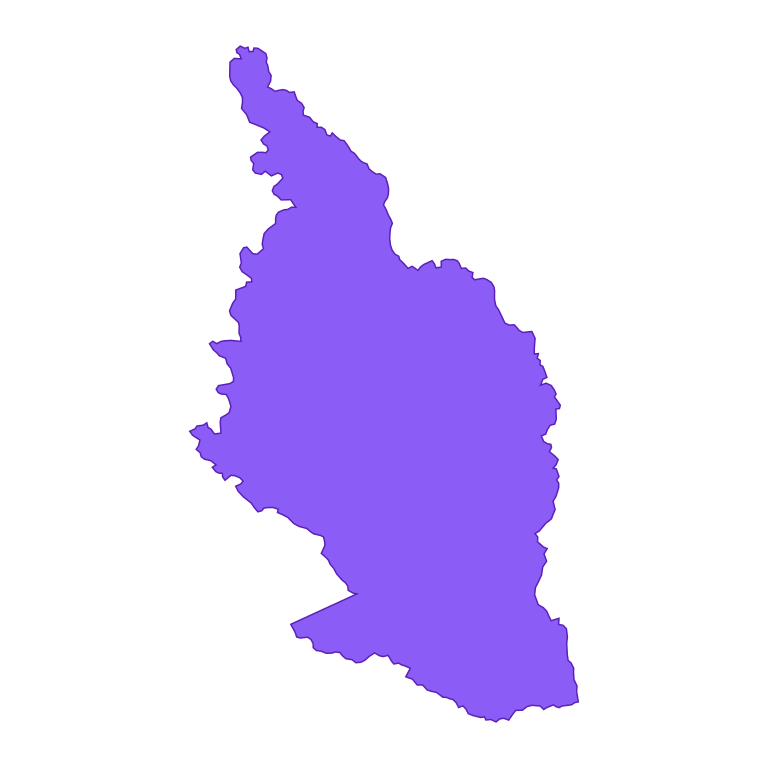 the district of Montividiu do Norte, Tocantins, Brazil
{"feature_id": "56859067B39670898572312", "entity_name": "Montividiu do Norte", "entity_type": "district", "adm_level": 2, "iso_a3": "BRA", "parent_name": "Brazil", "parent_adm1": "Tocantins", "projection": "orthographic", "projection_center": [-48.752, -13.106], "detail": "fine", "context": "isolated", "style": "filled", "palette": "violet", "viewbox_px": 768, "rotation_deg": 0, "n_neighbors": 0, "source": "geoboundaries", "source_scale": "gbopen_adm2", "svg_char_len": 5542}
<svg xmlns="http://www.w3.org/2000/svg" viewBox="0 0 768 768"><path d="M240.2,46.1L236.2,49.6L236.9,52.7L239.6,54.4L241.2,58.9L234.3,58.4L230.0,62.1L229.8,71.4L229.7,76.4L230.9,81.2L233.3,84.7L236.7,88.1L240.2,92.9L242.4,97.4L242.5,102.4L241.5,108.4L246.7,114.7L249.7,122.3L253.7,123.8L263.7,127.9L269.9,131.9L264.3,136.1L261.0,140.0L263.6,144.0L266.9,145.9L268.3,149.8L266.0,152.7L261.9,152.3L257.4,152.4L250.6,157.1L251.1,160.3L253.7,163.6L252.7,169.8L255.4,173.1L261.4,174.4L265.3,171.2L271.3,175.9L277.9,173.0L281.4,174.6L282.8,178.2L277.1,184.3L273.9,186.5L272.3,190.8L274.2,194.4L277.1,195.8L281.2,199.9L290.7,199.7L292.7,202.8L295.9,207.3L291.5,207.2L287.9,209.4L284.0,209.8L278.5,212.1L276.3,215.1L275.6,218.4L275.6,223.5L268.3,228.9L264.2,233.5L263.3,237.5L262.2,244.2L263.5,248.6L260.6,251.2L257.1,254.2L252.7,253.6L246.8,247.1L243.6,247.7L240.0,253.6L241.3,263.0L239.7,267.2L242.1,271.6L246.7,274.8L251.5,278.4L251.7,281.9L246.6,282.1L245.7,286.4L235.8,290.0L235.8,294.6L235.6,299.3L232.7,303.2L229.5,310.9L231.0,315.5L234.8,319.0L238.5,322.5L239.2,325.8L239.0,333.2L240.6,337.1L241.0,341.3L236.5,341.0L231.0,340.4L224.5,340.8L221.1,341.4L216.7,343.6L212.8,341.3L209.5,343.7L213.4,349.9L216.7,352.7L219.2,355.7L225.6,358.3L227.2,363.9L230.7,368.2L233.6,377.8L233.4,381.4L229.9,383.6L218.5,385.6L216.2,389.2L218.3,392.7L221.5,394.1L226.1,394.4L228.3,398.1L229.7,402.2L230.9,406.4L229.2,412.6L225.9,415.0L220.8,417.8L220.2,422.5L221.0,433.1L214.5,434.0L211.2,429.4L208.0,427.3L206.8,422.8L203.2,425.2L197.0,426.0L195.0,428.9L189.7,431.3L192.6,435.3L200.0,440.1L198.4,446.1L196.2,449.4L200.1,452.6L201.2,456.7L204.3,459.1L211.0,460.8L216.0,464.9L212.3,467.3L215.8,471.6L218.9,473.1L222.4,473.4L222.6,476.8L225.0,480.3L231.0,475.3L234.8,475.7L239.8,477.7L243.1,481.1L240.6,484.1L235.7,486.2L238.2,491.3L243.4,496.9L251.3,503.1L254.5,507.8L257.9,511.8L261.7,510.8L263.9,508.1L267.3,507.6L272.9,507.5L278.2,509.2L277.5,512.5L282.4,514.6L287.8,517.4L293.8,523.5L299.0,526.4L306.8,528.5L310.5,531.7L313.8,533.9L320.8,535.5L323.6,537.1L324.7,542.0L324.9,545.4L321.3,553.4L326.3,557.8L328.5,560.3L330.2,564.3L333.6,568.2L336.7,574.0L342.3,580.3L345.4,582.7L347.8,586.1L348.2,590.3L353.1,593.1L356.9,593.9L290.8,624.3L295.1,632.2L296.7,637.0L300.2,638.0L307.5,637.2L310.9,639.4L313.2,643.7L313.2,647.7L316.4,650.5L321.2,651.2L326.3,653.3L331.7,653.1L335.7,651.9L339.9,652.6L342.5,655.8L345.8,658.7L352.1,659.7L355.8,662.7L360.8,662.3L365.1,660.1L369.3,656.3L374.6,652.9L379.4,655.7L383.0,656.6L388.1,655.4L391.7,661.4L393.9,664.0L398.7,663.1L401.5,664.9L404.9,665.9L410.3,668.3L407.4,673.7L405.8,676.8L412.5,679.2L417.2,685.0L422.7,685.0L427.2,690.0L431.7,691.4L436.6,692.4L439.6,694.7L442.8,697.2L446.5,697.4L449.8,698.8L452.8,699.4L455.9,702.3L458.7,707.5L462.9,705.9L466.0,709.1L468.3,713.7L473.3,715.6L480.8,717.5L484.5,716.9L485.9,720.0L490.9,719.5L496.0,721.9L499.8,718.9L503.8,718.3L508.7,720.1L513.1,713.7L515.7,710.4L522.5,710.2L527.2,706.5L532.2,705.3L536.5,705.7L540.2,706.0L543.7,709.5L547.1,707.4L553.5,704.9L556.1,706.7L559.2,707.6L562.0,706.0L571.5,704.8L575.0,702.5L578.3,701.9L576.6,691.4L577.0,685.9L574.0,679.7L573.5,672.1L573.7,668.3L571.0,662.9L568.1,660.4L567.3,654.9L566.7,643.4L567.4,636.7L566.4,628.8L563.0,625.3L558.6,624.4L559.0,618.3L551.1,620.7L548.5,615.3L546.7,611.2L543.4,607.7L538.2,604.7L534.6,594.7L535.5,587.4L537.9,582.8L541.5,575.1L542.7,567.0L546.6,561.2L544.0,553.9L547.2,548.6L543.4,547.0L541.0,544.8L537.6,541.9L537.7,537.0L535.0,533.6L539.3,531.0L542.1,527.7L546.1,522.9L548.9,521.0L551.5,518.7L552.8,515.1L555.1,509.6L553.1,501.3L556.1,496.1L558.7,487.7L558.7,483.2L556.6,479.9L559.0,476.5L556.3,468.9L553.2,468.2L556.0,464.9L558.2,459.6L555.1,456.3L549.4,451.7L551.5,447.5L550.8,444.3L547.4,443.8L543.7,441.5L541.3,435.9L545.7,434.1L547.5,429.3L550.3,425.2L554.6,424.1L556.3,419.4L555.9,409.0L559.4,408.6L560.3,405.2L554.4,396.8L556.1,394.0L554.1,389.6L551.2,385.5L546.1,383.2L540.6,385.2L542.8,379.3L546.9,377.4L544.7,371.0L542.8,366.3L540.0,364.8L540.2,360.4L537.2,358.3L538.4,353.6L534.3,353.9L534.3,348.5L534.7,342.9L535.1,338.4L533.3,334.5L531.9,331.5L528.7,331.8L522.9,332.5L519.1,330.4L516.5,327.2L514.1,324.8L509.4,325.1L505.0,323.2L503.6,320.4L501.7,316.3L498.6,309.8L495.8,305.8L494.5,299.3L494.5,295.5L494.6,290.6L494.0,287.0L491.4,282.5L487.0,279.7L483.6,278.3L479.8,278.8L474.8,279.8L472.1,277.4L472.9,272.6L468.5,270.9L465.8,268.0L461.3,268.4L459.1,263.2L457.2,260.7L453.9,259.5L450.4,259.6L445.6,259.3L441.2,261.3L441.3,267.1L436.0,267.8L434.2,263.5L432.1,260.7L424.1,264.3L420.5,267.0L417.9,270.4L415.2,268.4L412.1,266.3L408.0,268.4L404.2,264.0L399.6,259.5L398.8,256.3L395.1,254.3L392.1,250.2L390.4,244.8L389.7,238.4L390.0,232.6L390.6,227.7L392.4,223.3L390.4,218.7L388.5,215.4L387.1,211.9L385.4,208.1L383.5,205.0L384.7,201.7L387.3,198.0L388.4,194.2L388.6,188.6L387.8,184.7L386.9,181.4L385.6,177.5L380.1,173.8L376.3,174.2L372.6,171.9L369.1,168.9L366.9,163.8L363.9,162.9L361.0,161.2L358.6,158.7L356.5,155.9L354.5,153.4L351.0,151.2L348.8,147.3L346.7,144.2L344.0,140.6L340.3,140.1L335.8,136.4L332.2,132.9L330.5,136.0L326.9,135.0L324.9,129.6L321.4,127.3L317.0,127.3L317.3,123.6L313.1,121.7L309.7,117.3L303.5,115.2L303.0,111.7L304.1,107.5L301.6,103.4L297.3,100.4L295.9,96.9L294.2,91.9L289.4,92.4L286.2,90.3L282.9,89.6L278.3,90.4L275.0,91.3L271.3,88.7L267.6,87.0L270.6,81.0L271.1,75.4L268.8,71.7L267.6,65.1L266.2,62.2L267.0,58.0L265.8,53.6L260.7,50.1L257.8,48.3L254.0,48.0L253.0,51.5L249.0,51.5L248.0,47.2L244.9,48.3L240.2,46.1Z" fill="#8b5cf6" stroke="#5b21b6" stroke-width="1.5"/></svg>